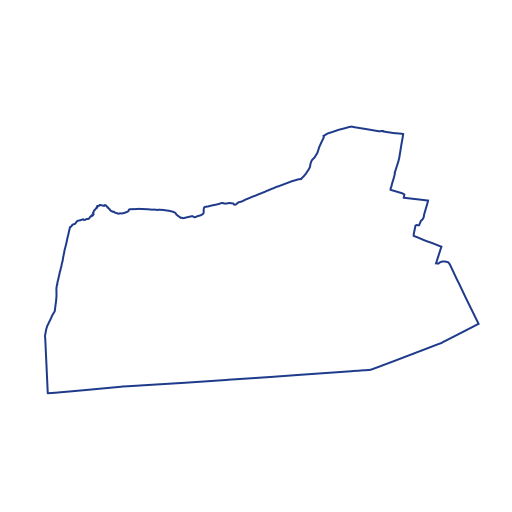 outline of Voicesti, Vâlcea, Romania, rotated 86°
{"feature_id": "2599482B9823513277146", "entity_name": "Voicesti", "entity_type": "district", "adm_level": 2, "iso_a3": "ROU", "parent_name": "Romania", "parent_adm1": "Vâlcea", "projection": "mercator", "projection_center": [24.291, 44.596], "detail": "fine", "context": "isolated", "style": "outline", "palette": "blue", "viewbox_px": 512, "rotation_deg": 86, "n_neighbors": 0, "source": "geoboundaries", "source_scale": "gbopen_adm2", "svg_char_len": 5943}
<svg xmlns="http://www.w3.org/2000/svg" viewBox="0 0 512 512"><g transform="rotate(86 256 256)"><path d="M377.7,248.1L377.6,221.1L377.6,220.6L377.6,208.0L377.7,207.5L377.6,207.3L377.6,193.9L377.6,190.7L377.6,186.1L377.6,178.8L377.6,170.3L377.5,165.6L377.5,165.0L377.6,162.4L377.5,157.6L377.6,154.4L377.6,150.8L377.5,150.5L377.5,149.7L377.2,148.5L375.6,142.9L375.4,142.4L375.4,142.2L374.7,139.9L372.9,133.9L367.6,116.3L364.8,107.1L364.5,105.9L364.2,105.2L357.3,82.6L355.7,77.0L355.5,76.6L355.4,76.4L355.0,75.8L353.5,72.1L339.2,38.7L312.5,49.6L305.6,52.3L298.6,55.0L292.4,57.6L277.9,63.2L275.7,64.7L275.0,66.6L274.6,68.6L274.5,70.7L274.9,72.1L275.2,73.0L276.3,74.6L275.9,76.9L259.6,70.4L259.3,71.2L256.8,76.4L255.3,79.5L253.3,84.3L251.5,88.1L249.2,92.5L246.9,97.3L244.9,97.1L240.1,95.7L236.8,94.8L236.3,93.4L236.7,92.0L236.7,91.2L232.2,88.9L231.6,87.8L230.5,86.9L228.8,85.9L226.6,85.5L215.3,81.3L212.7,80.5L211.7,85.7L208.2,104.5L205.0,103.7L203.6,105.8L199.4,117.1L198.3,117.1L196.8,116.4L196.1,116.1L193.8,115.4L191.1,114.4L189.4,113.7L184.8,112.1L183.7,111.8L183.4,111.7L183.1,111.8L182.7,111.9L182.3,111.7L180.2,110.8L171.6,107.4L169.2,106.6L167.9,106.2L154.6,103.1L149.2,101.7L144.6,100.7L144.1,102.7L143.0,110.0L140.8,119.8L140.5,120.7L140.2,120.6L140.0,121.7L140.0,121.9L140.3,123.8L140.2,124.3L139.7,126.6L137.3,136.3L134.4,148.8L133.6,151.7L133.6,152.1L133.7,152.9L133.9,154.4L134.7,158.2L135.9,164.8L137.6,171.1L138.7,175.7L139.1,176.6L139.7,177.9L140.5,179.2L140.7,179.8L140.9,180.3L141.9,180.1L142.7,180.3L144.4,181.2L147.1,182.8L151.5,185.2L157.2,187.5L158.1,188.0L159.9,189.4L161.8,190.7L162.6,191.7L164.5,193.7L166.8,194.8L168.5,195.4L170.0,195.7L171.3,196.1L173.9,197.8L174.9,198.7L177.4,200.5L179.8,202.8L181.1,204.4L181.6,204.9L182.3,205.4L182.5,208.6L182.7,209.6L183.0,210.6L183.2,211.6L184.1,215.8L184.4,216.6L188.2,229.2L188.2,229.9L189.5,233.6L189.9,234.5L189.9,235.1L190.5,236.6L190.8,237.8L191.0,238.4L191.5,239.3L191.6,240.0L191.7,240.7L191.8,241.0L192.5,242.3L193.2,244.7L193.4,245.3L193.9,246.7L194.6,249.2L194.9,250.0L195.2,250.7L195.4,251.5L195.7,252.1L196.1,253.6L196.5,255.2L197.5,257.9L197.9,259.2L198.5,260.9L198.8,262.0L199.9,264.7L200.2,265.2L200.6,266.4L200.9,267.6L201.1,269.0L201.2,269.5L201.7,270.5L202.2,271.1L202.9,272.0L203.3,273.0L203.4,273.7L203.1,274.3L202.7,274.6L202.2,274.9L202.0,275.1L201.9,275.6L201.8,276.3L201.3,278.4L201.3,279.4L201.4,279.9L201.5,280.3L201.5,281.0L201.6,282.0L201.6,282.7L201.5,283.7L201.3,284.4L201.2,284.7L200.9,285.2L200.8,285.6L200.8,286.0L200.8,286.4L201.0,287.7L201.4,289.0L201.6,289.8L202.0,292.6L202.2,293.7L202.2,294.5L202.7,297.4L202.8,298.3L203.1,299.7L203.2,300.2L203.3,300.5L203.3,301.1L203.3,301.5L203.3,301.8L203.4,302.0L203.4,303.1L203.5,303.5L203.7,304.0L204.1,304.3L204.3,304.5L205.1,304.7L206.7,305.1L207.4,305.0L208.8,305.2L209.0,305.2L209.4,305.3L210.0,305.7L210.3,305.9L210.9,307.0L211.5,308.3L211.7,309.2L212.1,311.2L212.7,313.1L213.0,314.1L213.1,314.5L213.0,314.9L212.7,315.4L212.1,316.1L211.9,316.5L211.8,317.1L211.9,317.7L212.1,319.3L212.3,320.3L212.7,322.8L212.8,323.7L213.1,324.8L213.2,325.7L213.1,326.4L212.8,327.0L212.7,327.4L212.7,328.5L211.9,329.2L210.8,330.7L209.2,332.4L207.5,333.4L207.2,333.7L206.8,334.3L205.9,336.1L205.5,337.6L205.0,338.9L204.7,340.3L204.3,342.3L203.9,343.9L203.6,345.4L203.4,346.8L203.2,348.8L203.0,349.3L203.2,350.4L203.1,351.7L202.8,352.9L202.6,354.6L202.5,356.7L202.0,359.5L201.6,362.6L200.8,369.7L200.8,373.1L200.6,376.0L200.6,378.5L200.7,379.1L201.0,379.5L201.5,379.8L202.1,380.0L202.4,380.3L203.2,381.9L203.3,382.2L203.3,383.0L203.7,383.7L203.8,384.3L204.0,385.0L204.0,385.9L204.2,386.7L204.2,387.1L204.0,388.1L204.0,388.7L204.0,389.0L204.2,389.6L204.2,390.3L203.8,391.3L203.6,391.8L203.4,392.3L203.2,393.1L203.0,393.5L202.8,393.8L202.1,394.5L201.9,394.7L201.8,395.0L202.0,395.5L201.7,396.0L201.6,396.3L201.4,396.5L201.0,397.4L200.6,397.8L200.1,398.3L199.6,398.5L199.3,398.6L199.1,398.8L198.7,399.3L198.3,399.6L197.9,400.1L197.5,400.3L197.2,400.3L197.0,400.6L196.6,401.1L196.2,401.4L195.8,401.6L195.2,402.1L194.9,402.7L194.7,403.1L194.7,403.5L194.8,403.7L195.0,403.8L195.3,403.8L195.4,404.0L195.0,405.5L194.6,406.5L194.5,407.3L194.3,407.6L194.2,407.9L194.2,408.1L194.2,408.3L194.7,408.9L195.0,409.2L195.1,409.4L195.1,410.6L195.1,410.8L195.2,411.0L195.6,411.1L195.8,410.9L196.1,410.9L196.5,411.0L197.0,411.5L197.1,412.1L197.4,412.4L198.0,412.8L198.4,413.1L199.3,414.3L199.7,414.5L200.8,414.9L201.6,415.6L202.5,415.2L203.0,415.2L203.5,415.4L203.7,415.6L204.1,416.0L204.8,417.1L204.7,417.4L204.4,417.4L204.5,417.5L204.8,418.0L205.2,418.3L205.5,418.8L205.7,419.0L206.2,419.3L206.9,419.9L207.2,420.3L207.3,420.6L207.3,421.0L207.2,421.9L207.3,422.3L207.8,423.5L208.0,424.3L208.0,425.0L207.9,425.4L207.7,425.6L207.4,425.8L207.4,426.0L207.4,426.3L207.7,427.6L208.1,428.8L208.2,429.7L208.4,430.9L208.5,431.4L208.6,431.7L209.3,432.6L210.6,433.6L211.1,434.1L211.5,434.9L211.7,436.0L212.0,436.9L212.4,437.3L212.7,437.5L213.1,437.7L213.7,438.4L214.1,438.9L214.1,439.1L214.1,439.3L214.2,439.5L215.4,439.9L215.9,440.0L216.0,440.1L216.7,440.3L219.6,441.2L221.1,441.6L222.8,442.2L223.8,442.5L225.4,443.0L227.3,443.5L231.3,444.7L232.9,445.2L236.8,446.6L238.7,447.0L244.0,448.5L246.8,449.1L248.6,449.7L250.0,450.2L252.9,450.9L254.6,451.6L256.2,452.0L258.6,452.9L260.1,453.3L261.8,453.8L265.1,454.8L267.5,455.6L269.4,456.1L269.8,456.1L270.2,456.3L270.3,456.2L270.5,456.3L271.2,456.6L272.2,456.9L274.7,457.4L282.1,457.8L282.7,458.0L283.5,458.0L285.9,458.4L287.7,458.7L288.6,458.9L291.4,459.5L297.0,460.6L297.5,460.9L298.8,461.9L300.3,462.9L301.3,463.6L302.4,464.1L302.9,464.4L303.4,464.6L311.2,469.1L314.5,470.4L319.9,471.8L321.5,472.1L323.2,472.0L378.3,473.3L378.4,473.2L378.4,467.8L378.4,465.5L378.4,465.0L378.4,464.0L378.3,461.7L378.2,453.6L377.7,430.0L377.0,399.5L376.9,399.3L377.1,382.8L377.1,379.4L377.1,379.1L377.5,335.4L377.6,293.8L377.5,292.6L377.6,276.8L377.7,248.1Z" fill="none" stroke="#1e3a8a" stroke-width="2"/></g></svg>